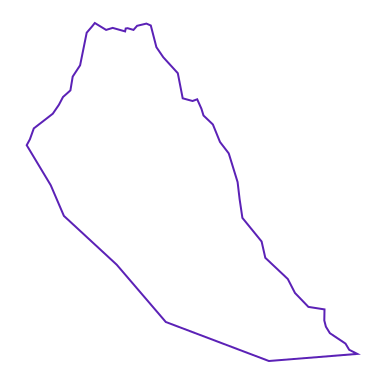 outline of San Mateo Cajonos, Oaxaca, Mexico
{"feature_id": "50627088B20375223993214", "entity_name": "San Mateo Cajonos", "entity_type": "district", "adm_level": 2, "iso_a3": "MEX", "parent_name": "Mexico", "parent_adm1": "Oaxaca", "projection": "equal_earth", "projection_center": [-96.196, 17.154], "detail": "fine", "context": "isolated", "style": "outline", "palette": "violet", "viewbox_px": 384, "rotation_deg": 0, "n_neighbors": 0, "source": "geoboundaries", "source_scale": "gbopen_adm2", "svg_char_len": 762}
<svg xmlns="http://www.w3.org/2000/svg" viewBox="0 0 384 384"><path d="M26.7,145.2L50.6,185.0L50.9,185.6L63.9,215.9L116.7,264.7L165.8,322.0L268.9,361.0L357.3,353.9L349.2,349.8L345.5,343.6L329.9,333.2L325.9,326.7L324.3,320.5L324.5,309.4L308.4,306.9L295.0,293.0L287.8,279.0L265.3,257.8L261.6,241.5L242.4,217.9L239.6,199.1L237.6,182.1L229.0,154.2L228.7,153.4L228.6,153.2L220.0,142.0L212.9,124.5L203.5,115.5L201.4,108.7L197.2,99.3L192.5,101.0L182.7,98.3L177.8,73.2L163.3,57.3L156.4,47.2L150.8,25.5L146.4,23.6L137.1,25.8L133.5,29.9L127.6,28.2L125.7,28.5L125.1,31.4L112.7,27.9L106.1,29.9L94.8,23.0L92.1,26.4L86.7,32.7L80.1,65.3L72.7,76.6L70.4,90.4L63.0,97.0L58.9,104.8L52.8,113.7L33.8,128.4L29.9,139.3L26.7,145.2Z" fill="none" stroke="#5b21b6" stroke-width="2"/></svg>